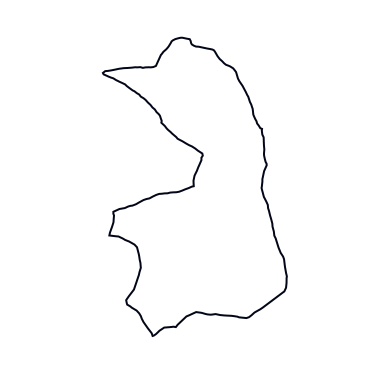 Odigbo, Ondo, Nigeria, rotated 102°
{"feature_id": "59680162B61774592523326", "entity_name": "Odigbo", "entity_type": "district", "adm_level": 2, "iso_a3": "NGA", "parent_name": "Nigeria", "parent_adm1": "Ondo", "projection": "natural_earth1", "projection_center": [4.681, 6.732], "detail": "fine", "context": "isolated", "style": "outline", "palette": "ink", "viewbox_px": 384, "rotation_deg": 102, "n_neighbors": 0, "source": "geoboundaries", "source_scale": "gbopen_adm2", "svg_char_len": 3597}
<svg xmlns="http://www.w3.org/2000/svg" viewBox="0 0 384 384"><g transform="rotate(102 192 192)"><path d="M251.7,263.8L251.2,257.9L250.8,254.6L251.9,250.0L252.8,247.4L253.5,243.2L255.4,237.3L257.5,234.3L264.1,231.0L266.6,230.0L269.3,229.0L272.1,227.7L276.8,226.3L281.5,226.7L284.3,226.7L286.6,227.0L292.0,227.6L299.5,228.5L307.1,232.1L310.7,233.6L311.5,233.9L314.5,232.6L315.6,232.0L316.8,228.4L317.6,227.0L319.5,221.5L321.8,218.3L324.2,216.1L326.5,214.7L329.3,212.4L334.6,206.7L337.8,202.9L338.6,202.0L341.0,200.6L340.4,199.5L338.5,197.7L336.5,196.3L334.5,195.0L330.4,191.0L329.6,188.3L328.8,185.6L327.6,182.0L327.5,179.7L324.8,178.4L314.9,171.6L313.3,169.3L308.6,163.0L308.2,157.6L308.5,153.2L308.5,151.2L308.1,148.0L306.5,143.5L306.5,138.9L306.1,135.3L305.7,132.6L304.9,127.6L304.7,125.2L304.5,121.7L304.8,119.9L304.4,116.2L304.0,112.6L302.6,110.2L300.1,108.1L296.9,105.8L295.3,104.0L292.6,100.9L290.2,98.6L270.0,81.0L266.1,80.1L261.4,80.6L256.3,81.6L255.1,81.6L254.3,81.9L252.0,83.0L247.6,84.8L245.3,85.7L238.6,88.0L236.3,89.4L233.1,92.6L228.4,95.8L220.0,100.5L217.6,102.4L213.7,103.7L209.2,106.0L206.1,106.9L202.5,108.7L199.0,110.6L194.0,113.0L193.6,113.3L192.0,114.2L188.8,115.2L185.7,117.5L181.8,120.7L178.2,122.5L174.7,124.3L173.5,124.8L172.3,124.8L167.2,125.3L164.9,125.8L161.3,125.8L156.6,125.8L152.3,124.9L150.3,124.5L148.7,125.0L147.2,126.3L144.4,127.7L141.3,129.1L139.3,129.6L135.4,130.1L131.1,131.4L127.2,132.4L126.7,132.5L123.6,133.3L121.3,135.1L119.7,135.7L118.5,136.1L117.3,136.5L115.7,136.6L115.4,138.4L113.0,140.7L111.5,142.5L109.9,143.4L109.5,143.5L107.5,145.3L105.6,146.7L103.6,148.1L98.1,149.9L96.5,150.9L94.2,152.2L91.8,154.1L87.1,156.8L85.6,158.2L83.2,160.0L77.7,164.6L73.8,168.7L71.5,170.6L69.1,171.9L65.6,173.8L64.4,175.1L62.5,177.4L61.3,180.6L60.9,182.4L60.5,185.2L59.4,187.4L57.8,189.7L56.2,192.5L53.9,195.2L50.0,198.7L48.8,200.1L48.5,201.3L48.4,201.5L48.4,204.2L48.5,206.9L48.5,209.7L48.5,212.8L48.5,215.6L48.9,218.3L48.5,220.6L47.7,222.8L46.6,223.8L44.6,224.7L43.0,226.0L43.1,228.8L43.1,231.0L43.1,233.3L43.4,234.9L44.0,236.4L44.7,237.8L45.9,240.1L47.8,242.4L49.0,243.3L50.6,243.7L54.5,245.1L56.1,245.9L57.7,246.8L58.9,247.7L60.8,249.1L63.6,250.4L64.4,250.9L72.1,252.6L76.2,253.5L77.8,255.8L78.6,258.1L79.0,260.3L79.8,263.5L80.8,265.9L80.6,268.5L81.4,271.2L81.8,273.5L83.0,277.1L84.2,281.2L85.0,284.4L85.1,284.7L85.8,286.6L86.6,288.9L88.2,292.5L89.8,296.2L91.0,299.3L91.8,302.0L94.1,303.9L95.3,302.9L95.7,301.1L96.5,297.5L96.9,295.2L97.2,292.5L98.4,289.3L98.8,287.5L99.2,286.1L99.9,282.9L100.7,279.7L101.9,277.9L103.4,274.7L105.0,271.1L105.4,269.3L106.8,266.5L107.0,265.8L107.7,263.8L109.3,262.0L110.4,258.8L111.6,256.5L113.6,253.8L115.5,250.6L115.7,250.4L117.5,248.3L119.0,245.5L121.2,243.3L121.8,242.3L122.9,240.5L124.1,239.2L126.5,237.8L128.8,236.4L130.6,236.4L132.0,234.1L133.1,232.3L135.1,230.0L136.3,228.2L137.8,225.4L139.0,223.6L141.7,218.6L142.9,217.2L144.3,212.2L144.4,211.8L146.0,207.2L146.8,204.5L147.5,201.3L148.1,199.8L148.7,198.1L150.3,194.9L152.2,189.9L154.2,189.0L156.5,189.9L158.9,189.4L165.2,190.7L165.9,190.9L170.3,191.6L175.4,192.9L180.5,192.9L181.8,192.6L186.0,191.5L186.8,193.3L188.8,196.0L190.8,199.2L192.4,201.5L194.4,204.6L195.5,207.3L196.3,210.5L197.1,213.2L198.3,215.5L199.1,218.7L199.9,220.9L200.7,223.7L202.3,226.4L204.7,229.5L207.1,232.3L208.3,235.0L209.9,237.7L213.4,241.8L215.5,244.1L215.8,244.5L217.8,247.6L218.2,249.0L218.8,250.2L219.4,251.3L221.7,254.4L223.7,259.4L227.7,264.8L229.6,264.4L231.2,263.4L234.4,263.0L237.9,262.5L242.2,262.9L245.8,263.4L248.9,263.8L251.7,263.8Z" fill="none" stroke="#020617" stroke-width="2"/></g></svg>